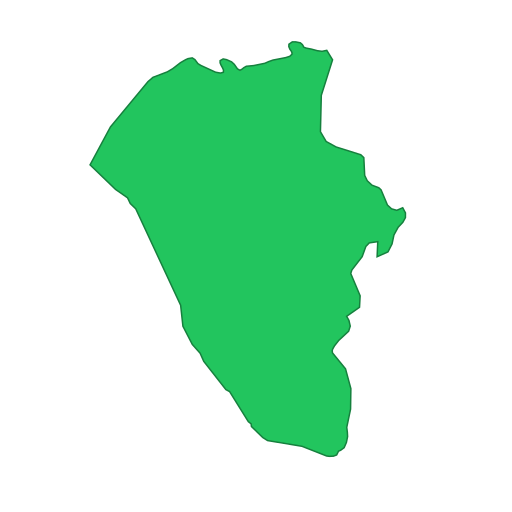 outline of Seine-Maritime, rotated 263°
{"feature_id": "FRA-5343", "entity_name": "Seine-Maritime", "entity_type": "Metropolitan department", "adm_level": 1, "iso_a3": "FRA", "parent_name": "France", "parent_adm1": "", "projection": "mercator", "projection_center": [1.134, 49.661], "detail": "fine", "context": "isolated", "style": "filled", "palette": "green", "viewbox_px": 512, "rotation_deg": 263, "n_neighbors": 0, "source": "natural_earth", "source_scale": "10m", "svg_char_len": 1677}
<svg xmlns="http://www.w3.org/2000/svg" viewBox="0 0 512 512"><g transform="rotate(263 256 256)"><path d="M150.5,320.1L133.1,331.1L112.8,334.0L92.5,331.2L74.9,325.2L69.9,325.2L65.6,324.9L59.9,323.0L55.0,320.1L52.9,316.4L52.2,314.1L48.7,311.8L47.9,308.5L48.2,304.4L48.9,301.7L61.5,278.5L71.4,245.0L75.0,240.6L87.3,230.7L90.0,230.7L92.5,228.2L124.6,213.3L127.1,209.8L157.8,191.3L166.3,188.7L176.0,182.0L195.2,174.9L216.3,175.2L317.5,142.4L323.4,137.6L329.4,135.6L339.2,124.7L366.7,102.4L401.9,127.3L442.3,170.1L445.9,175.5L449.6,190.5L452.1,196.2L457.1,204.6L459.4,210.0L460.2,212.6L460.4,216.9L458.4,219.3L454.0,221.8L451.8,224.6L443.4,238.2L441.9,243.0L442.3,246.0L444.5,246.4L446.9,245.7L449.6,244.6L452.1,243.9L454.3,244.2L455.6,247.4L454.5,250.7L451.7,255.4L448.9,257.8L444.0,260.4L442.3,262.7L443.1,264.8L444.4,266.9L445.5,269.5L445.3,276.9L446.2,288.3L447.4,292.2L448.4,296.7L449.3,309.7L450.1,313.9L451.9,316.3L453.4,316.5L455.0,316.0L457.2,314.8L459.8,314.1L462.2,314.5L464.1,318.1L463.7,321.5L462.2,326.0L460.2,327.8L458.6,328.5L457.7,328.7L457.2,329.3L456.3,331.0L454.6,336.2L452.3,341.9L451.1,346.5L451.5,351.3L441.4,355.9L407.5,340.4L371.5,335.1L361.1,339.6L354.5,348.7L343.7,372.4L340.5,375.0L322.7,373.7L317.1,375.6L312.2,379.7L308.7,386.3L306.4,388.2L290.5,392.7L286.3,396.3L284.2,401.3L286.0,407.5L280.6,409.6L275.9,409.0L271.6,405.9L267.2,400.6L260.1,395.5L251.4,392.5L244.0,387.5L240.5,376.1L255.4,378.6L255.2,370.0L252.1,366.2L242.4,361.3L230.5,349.5L227.1,347.9L203.8,354.5L192.5,352.5L185.1,338.6L180.7,340.4L174.9,341.0L170.1,338.8L162.1,327.8L157.2,322.9L154.2,320.7L152.7,320.1L150.5,320.1Z" fill="#22c55e" stroke="#15803d" stroke-width="1.5"/></g></svg>